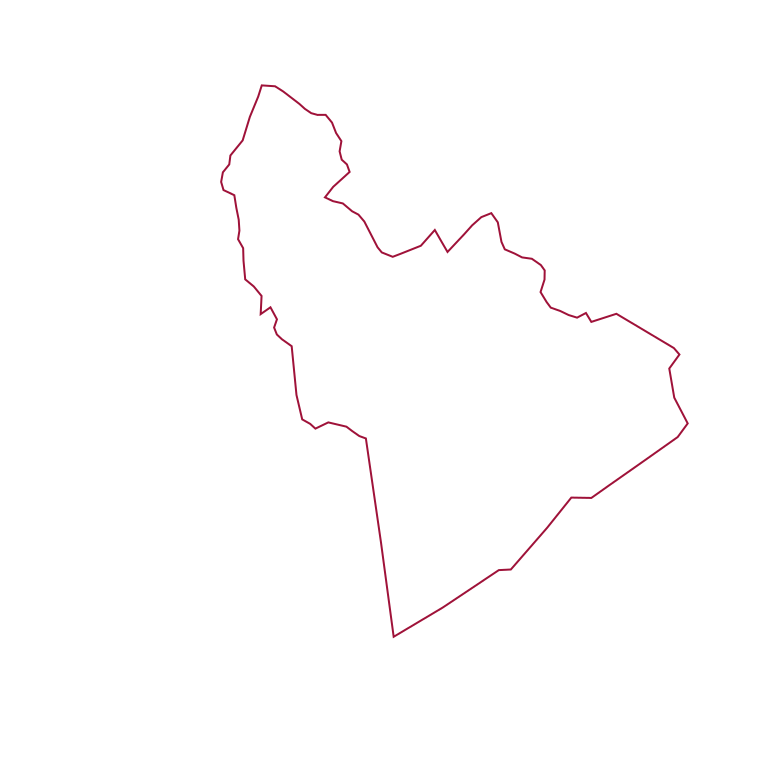 Monte Alegre, Rio Grande do Norte, Brazil, rotated 35°
{"feature_id": "56859067B80124012562494", "entity_name": "Monte Alegre", "entity_type": "district", "adm_level": 2, "iso_a3": "BRA", "parent_name": "Brazil", "parent_adm1": "Rio Grande do Norte", "projection": "equal_earth", "projection_center": [-35.442, -6.114], "detail": "fine", "context": "isolated", "style": "outline", "palette": "rose", "viewbox_px": 768, "rotation_deg": 35, "n_neighbors": 0, "source": "geoboundaries", "source_scale": "gbopen_adm2", "svg_char_len": 1413}
<svg xmlns="http://www.w3.org/2000/svg" viewBox="0 0 768 768"><g transform="rotate(35 384 384)"><path d="M536.9,585.5L560.3,533.5L584.8,470.6L594.3,463.2L600.1,408.2L602.6,369.6L619.2,358.4L626.5,338.0L640.5,299.4L655.0,259.0L655.4,242.1L629.6,228.7L608.8,207.7L609.1,190.4L600.8,188.3L534.1,193.2L518.2,214.2L508.7,210.0L504.1,218.9L495.7,221.6L486.5,223.1L476.8,225.8L470.2,223.6L459.5,218.9L455.6,206.4L450.5,198.8L444.3,196.6L433.3,196.6L424.5,201.1L416.3,202.2L405.7,204.4L398.7,200.2L384.5,186.3L373.9,182.5L368.0,191.5L365.2,203.5L363.8,215.1L360.3,239.4L350.1,234.7L337.3,228.7L334.9,249.6L323.0,267.7L318.2,274.8L306.7,277.5L300.3,275.7L274.7,262.2L265.9,259.9L258.8,260.8L246.7,259.7L237.3,263.5L228.6,265.0L229.3,251.6L234.2,230.0L227.7,225.4L220.7,224.5L214.2,218.9L209.8,209.5L200.8,205.9L191.5,199.7L181.8,197.0L175.2,201.7L169.0,203.9L161.3,204.0L154.1,203.1L142.7,202.6L133.7,202.2L124.0,202.6L112.6,209.5L116.1,220.7L120.9,242.1L128.5,265.5L127.1,284.9L131.3,292.9L130.6,303.0L134.7,311.9L141.3,317.2L153.1,315.2L162.0,324.4L170.8,332.8L177.6,341.3L181.4,349.1L190.7,353.5L198.2,363.6L210.3,377.9L221.4,378.8L233.2,382.1L242.9,397.5L247.0,386.3L259.2,392.4L261.6,400.8L267.8,404.9L274.7,405.9L286.7,406.0L318.6,443.2L337.3,459.9L346.4,459.0L353.4,459.9L360.4,447.4L377.7,440.5L385.2,440.8L393.6,440.8L400.4,439.0L472.3,515.4L536.9,585.5Z" fill="none" stroke="#9f1239" stroke-width="2"/></g></svg>